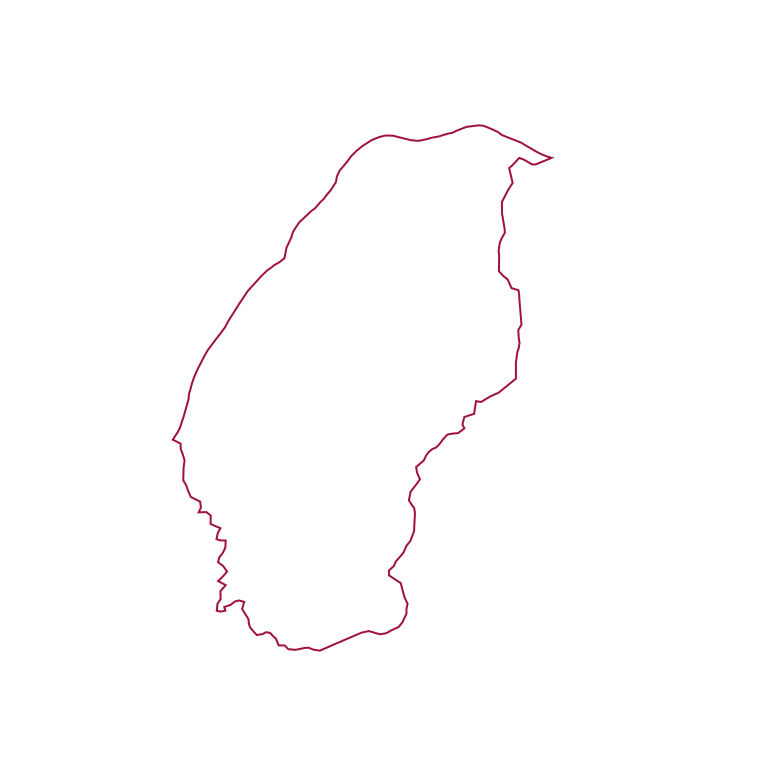 Ipueiras, Tocantins, Brazil, rotated 54°
{"feature_id": "56859067B76630587037832", "entity_name": "Ipueiras", "entity_type": "district", "adm_level": 2, "iso_a3": "BRA", "parent_name": "Brazil", "parent_adm1": "Tocantins", "projection": "natural_earth1", "projection_center": [-48.392, -11.119], "detail": "fine", "context": "isolated", "style": "outline", "palette": "rose", "viewbox_px": 768, "rotation_deg": 54, "n_neighbors": 0, "source": "geoboundaries", "source_scale": "gbopen_adm2", "svg_char_len": 2745}
<svg xmlns="http://www.w3.org/2000/svg" viewBox="0 0 768 768"><g transform="rotate(54 384 384)"><path d="M304.9,587.6L312.7,583.6L317.0,586.6L322.1,588.0L328.6,590.2L333.6,595.1L343.9,603.0L349.5,603.5L355.0,605.2L361.8,606.7L371.1,601.9L376.4,604.8L378.9,609.4L383.2,603.0L388.5,601.5L395.4,606.6L404.5,601.1L406.9,606.1L411.0,610.7L414.0,608.7L417.6,604.1L423.1,608.5L425.6,613.1L427.6,619.4L430.6,623.0L436.7,621.1L443.5,621.2L445.1,627.9L445.9,634.0L453.7,630.3L455.4,638.1L462.0,642.6L463.9,647.9L469.2,652.6L472.2,649.9L474.1,645.5L470.5,644.3L472.5,638.1L472.3,632.6L473.9,628.5L478.1,625.2L482.6,631.0L494.7,631.9L498.3,634.1L501.9,635.4L505.7,635.2L512.3,634.5L514.9,629.4L515.5,625.3L518.4,622.4L523.3,621.9L526.7,621.1L533.5,622.9L537.1,618.0L542.3,617.3L547.1,611.8L550.8,603.5L553.0,600.0L557.1,597.5L562.0,592.7L565.6,576.3L572.0,548.2L575.0,541.5L584.1,534.4L586.9,528.8L587.7,522.2L589.2,515.1L587.7,509.4L583.0,500.8L579.0,497.9L575.8,494.2L568.8,492.8L559.0,489.1L555.0,487.5L541.8,492.4L537.8,489.7L537.0,482.7L534.6,479.0L532.9,471.3L531.8,467.3L528.0,460.7L526.5,454.9L520.7,446.1L515.5,442.0L507.0,435.1L502.5,432.6L498.0,432.5L492.7,432.2L486.8,425.8L484.0,416.1L482.2,410.9L475.3,409.4L470.1,406.9L469.2,396.6L466.7,392.2L465.2,387.6L465.1,383.1L466.0,378.9L465.2,374.5L463.4,368.6L462.2,362.4L464.7,357.1L467.3,353.1L467.1,345.0L462.8,344.3L457.9,338.4L461.1,328.7L452.0,319.6L455.6,316.0L456.5,305.6L457.5,300.5L458.4,296.6L457.2,274.1L444.3,264.8L436.3,257.1L434.2,254.0L430.4,250.2L425.9,247.9L419.3,243.7L416.8,237.9L412.2,235.1L396.2,225.4L390.6,221.8L387.1,220.1L381.4,224.5L372.2,222.5L366.7,224.0L360.3,224.7L355.2,220.9L347.3,215.0L343.6,213.0L337.8,207.3L335.0,202.6L332.7,197.4L329.7,195.4L323.5,192.3L315.5,188.3L306.1,181.7L300.2,170.0L296.9,161.7L282.9,155.9L282.4,150.9L280.6,141.7L285.0,138.8L293.3,135.2L295.5,132.2L299.6,115.4L296.0,118.2L291.3,121.2L286.4,123.8L273.5,129.5L269.9,130.9L266.7,132.8L260.3,137.0L251.8,142.3L247.2,143.7L241.6,146.7L233.4,151.8L230.3,155.5L224.4,166.3L221.9,175.8L220.9,181.1L218.8,185.7L215.9,194.3L213.0,200.2L210.6,206.6L207.5,213.3L202.6,218.9L188.3,230.9L183.8,236.8L181.4,242.8L179.5,250.3L178.8,261.3L179.2,269.4L180.5,277.1L182.6,283.5L185.2,294.2L188.4,300.1L192.4,304.2L196.0,313.5L197.1,318.4L198.8,323.9L199.6,329.3L201.3,336.6L201.3,340.9L203.4,357.6L205.7,363.9L207.5,368.3L210.9,372.8L216.4,382.7L223.7,390.6L224.0,397.0L223.3,402.9L223.6,407.1L223.4,411.3L224.5,419.5L228.7,439.5L233.8,453.4L241.6,473.0L244.7,479.3L247.6,488.7L248.9,493.3L253.1,507.0L256.1,513.5L263.7,528.4L267.6,534.7L271.1,539.6L274.5,543.7L277.5,547.7L281.6,551.2L285.1,555.7L292.6,565.3L299.5,574.8L301.7,579.2L304.9,587.6Z" fill="none" stroke="#9f1239" stroke-width="2"/></g></svg>